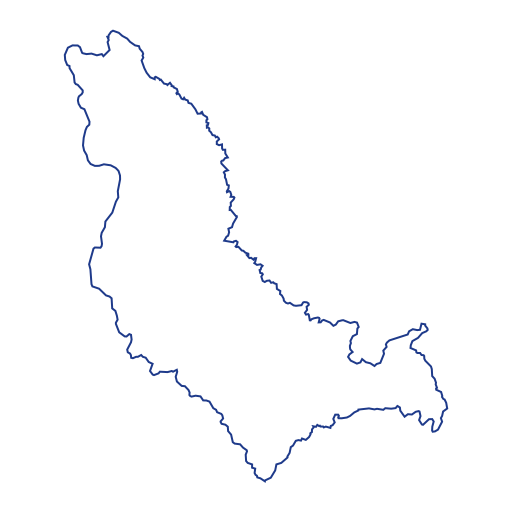 Pedra Branca do Amapari, Amapá, Brazil (Albers equal-area conic projection)
{"feature_id": "56859067B11147941217560", "entity_name": "Pedra Branca do Amapari", "entity_type": "district", "adm_level": 2, "iso_a3": "BRA", "parent_name": "Brazil", "parent_adm1": "Amapá", "projection": "albers", "projection_center": [-52.393, 1.236], "detail": "fine", "context": "isolated", "style": "outline", "palette": "blue", "viewbox_px": 512, "rotation_deg": 0, "n_neighbors": 0, "source": "geoboundaries", "source_scale": "gbopen_adm2", "svg_char_len": 6009}
<svg xmlns="http://www.w3.org/2000/svg" viewBox="0 0 512 512"><path d="M229.7,210.0L229.8,207.0L230.9,205.9L230.7,202.6L233.7,199.3L234.4,197.6L233.8,196.9L230.6,196.8L231.3,194.9L230.3,191.9L229.2,191.1L227.0,192.2L226.8,191.3L228.5,188.5L228.8,185.4L227.1,184.8L226.0,179.3L224.9,177.4L225.0,174.6L223.8,172.3L225.0,171.2L227.9,170.3L221.4,163.5L221.2,161.5L222.2,160.6L223.3,160.5L225.1,158.1L227.8,157.5L225.3,153.5L225.2,149.7L222.8,149.8L222.1,148.4L222.0,144.4L219.1,145.2L216.8,144.1L216.8,141.5L219.1,139.3L218.7,138.2L217.1,136.7L215.8,137.3L214.8,135.5L212.5,135.1L210.9,132.2L209.2,130.7L209.3,128.5L208.2,127.4L206.9,127.7L206.8,125.3L208.0,124.9L208.4,123.1L206.4,122.4L206.4,120.2L207.4,119.3L207.0,117.2L203.2,114.8L202.0,111.9L201.2,112.4L201.1,113.5L197.6,113.7L195.4,109.3L191.3,103.7L188.5,102.9L187.7,100.4L185.2,99.6L184.1,97.8L183.1,99.3L181.5,98.6L179.4,94.6L178.1,93.4L176.9,94.1L176.4,93.2L177.7,91.6L176.9,89.0L173.7,87.4L173.5,86.4L171.6,86.1L171.7,85.2L170.0,82.8L167.4,85.0L166.9,84.2L164.0,83.6L160.8,79.6L159.9,80.0L159.2,78.8L155.7,76.8L154.8,77.3L154.7,79.2L150.2,77.3L146.6,72.7L144.3,68.1L141.6,60.5L143.3,57.6L142.5,55.6L143.2,53.9L142.5,52.0L139.7,48.7L139.0,46.2L135.1,45.4L130.1,41.9L127.2,38.6L122.3,35.9L118.8,32.8L113.0,30.7L111.0,31.9L108.5,35.5L108.5,37.3L107.5,37.1L108.7,40.0L107.6,42.1L109.6,50.0L103.4,56.2L101.8,54.1L96.9,55.3L91.5,53.6L86.5,54.1L83.0,53.3L82.1,52.8L80.0,47.2L77.8,45.5L72.5,45.4L67.9,47.7L64.8,54.9L65.2,60.0L67.2,65.0L69.5,66.0L69.6,68.2L73.8,75.2L74.6,82.5L75.8,84.1L77.7,84.8L82.7,90.4L82.7,92.4L81.7,94.1L79.0,96.3L78.4,97.6L77.9,100.5L78.6,103.8L80.9,107.7L84.4,109.2L89.5,121.7L89.3,124.7L86.9,126.9L85.5,130.2L83.7,137.8L83.0,145.4L84.1,150.6L86.7,155.1L87.9,160.3L90.6,164.0L94.9,165.9L99.1,165.8L103.9,164.3L110.7,165.3L115.6,167.9L117.5,169.8L118.6,171.1L120.0,175.5L120.1,179.3L117.8,191.2L118.3,197.4L115.9,201.7L112.3,212.6L105.4,221.5L104.9,227.2L101.7,232.8L101.0,236.3L102.0,243.8L101.6,246.1L100.5,247.7L94.9,247.5L93.5,248.6L89.1,264.3L90.4,269.3L91.5,284.2L92.4,286.4L99.1,288.7L106.0,295.4L109.5,296.5L111.6,298.3L112.2,308.4L115.4,310.9L116.9,315.8L117.6,319.7L115.9,322.7L115.9,323.9L119.2,332.3L124.7,336.4L126.5,336.5L129.3,334.1L131.0,334.8L131.6,339.5L131.0,342.3L127.2,349.6L127.8,352.3L130.0,353.5L130.9,355.1L131.2,357.8L132.9,358.2L136.1,356.8L137.9,356.8L141.2,355.0L142.8,356.8L145.7,357.7L148.7,362.0L152.6,363.8L150.0,371.0L152.7,374.6L154.0,375.1L158.5,373.4L159.9,371.7L167.5,372.1L171.8,371.0L173.0,371.7L176.8,369.8L177.2,371.8L175.7,376.8L176.9,381.5L181.7,385.9L184.9,386.2L188.5,390.0L189.6,392.5L189.4,395.0L190.2,396.0L191.5,396.6L195.6,395.7L200.5,396.4L203.2,400.4L206.4,400.5L209.5,401.6L213.3,408.2L216.1,409.8L217.1,412.2L221.3,413.9L222.3,415.3L223.1,418.5L220.6,421.4L220.7,422.2L221.6,423.8L225.4,424.7L227.8,426.7L228.1,431.1L231.1,434.6L232.8,442.2L234.7,443.6L240.1,444.3L243.0,447.6L246.7,450.2L247.0,451.3L245.7,454.7L246.1,461.0L247.7,462.9L252.1,464.4L252.1,467.7L255.2,468.6L254.6,473.0L255.6,474.9L256.9,475.7L257.3,477.4L260.4,478.3L264.9,481.3L265.1,480.4L270.8,477.7L275.2,470.4L276.4,464.4L281.3,462.9L287.5,457.5L287.4,456.5L289.6,452.9L290.8,447.1L293.0,445.6L295.8,440.8L298.5,440.1L301.0,440.6L302.0,438.5L305.8,439.9L309.1,437.0L310.5,434.4L310.3,433.3L311.9,432.1L312.0,429.4L313.8,427.2L313.3,426.3L316.0,426.8L317.3,424.9L319.0,426.0L319.9,425.7L320.4,426.5L323.1,426.5L323.8,427.4L325.8,426.6L330.4,427.9L330.8,425.9L332.6,425.2L334.7,422.4L333.3,418.9L335.2,414.7L338.2,414.7L338.9,415.9L338.2,417.3L338.5,418.2L341.6,418.3L346.9,417.5L350.1,415.9L354.3,412.4L358.3,410.5L358.4,409.6L369.0,408.4L374.5,409.4L377.0,408.8L383.3,409.8L385.3,408.2L391.2,408.7L395.6,408.1L397.4,406.0L399.9,407.5L400.3,410.7L404.6,416.7L407.9,414.2L411.9,414.5L415.7,411.8L418.6,411.1L419.5,411.5L420.5,416.1L419.1,420.1L421.9,424.5L423.0,424.8L429.0,419.2L432.2,419.1L433.7,421.5L432.3,426.6L432.1,430.5L432.7,431.7L435.0,431.4L438.0,429.6L442.1,421.7L440.9,418.1L442.1,416.0L443.1,411.5L447.2,408.5L446.2,402.8L444.6,399.5L443.4,399.0L442.0,396.9L442.3,396.0L441.1,392.0L436.2,389.7L436.1,388.5L437.0,387.8L435.7,384.4L436.0,382.7L434.6,378.7L432.2,376.1L431.8,369.1L431.0,366.5L425.3,360.7L424.3,358.7L424.2,356.0L423.6,355.2L421.5,355.0L420.1,353.0L417.4,353.0L416.4,352.4L416.1,350.4L410.5,348.0L410.8,345.2L412.4,341.1L418.0,337.9L422.2,333.1L426.3,331.3L427.7,329.9L427.4,328.4L425.2,325.6L425.2,324.3L421.5,323.7L420.0,329.8L417.3,330.1L412.8,329.2L409.1,331.3L407.7,334.5L389.4,340.4L386.9,342.6L385.9,344.4L386.6,346.9L383.3,350.6L384.0,353.8L380.3,362.9L376.6,364.0L374.5,366.0L370.4,363.3L365.9,362.2L362.1,359.1L360.4,362.4L356.9,363.6L350.7,360.6L348.1,356.9L349.4,354.4L352.6,352.0L350.3,349.4L350.0,348.0L349.9,345.8L350.9,343.1L350.4,341.0L352.8,336.2L356.9,334.1L357.4,328.5L358.7,327.0L357.0,322.6L354.5,321.9L350.4,323.0L343.3,320.2L342.1,320.3L338.2,321.3L335.8,324.6L333.4,325.8L330.0,322.5L323.7,319.9L322.1,320.5L320.7,322.3L318.7,322.4L319.6,318.8L319.1,317.9L317.9,317.5L313.9,318.3L311.4,319.3L310.6,320.4L309.8,320.3L308.8,314.8L308.2,314.1L306.0,314.6L304.9,312.8L307.1,309.9L306.6,306.8L308.8,304.8L308.5,303.4L306.8,302.3L304.1,302.1L303.1,302.5L301.5,305.2L296.0,305.8L293.6,305.4L289.9,302.8L288.0,303.5L286.0,302.8L283.9,300.7L283.6,298.6L281.9,295.5L280.0,294.0L280.3,291.0L276.9,288.9L276.6,284.1L274.2,283.3L273.3,282.3L271.1,282.8L269.5,280.5L266.8,280.8L264.8,282.0L262.7,280.9L261.3,276.6L262.8,274.3L262.2,273.3L260.3,273.0L259.6,270.0L260.7,269.5L261.2,267.5L262.6,265.8L260.5,264.3L257.0,264.9L254.3,263.1L255.2,261.8L256.1,258.2L254.5,258.2L253.5,259.7L251.1,257.8L249.4,258.1L247.0,255.2L248.4,254.9L248.3,253.7L245.4,252.7L243.4,250.8L241.8,250.5L238.4,246.8L236.3,247.1L235.6,246.5L236.9,244.8L237.6,242.1L236.0,240.8L233.9,241.4L233.4,242.3L224.2,240.7L226.5,236.7L228.1,235.7L229.1,232.3L228.4,228.7L232.0,227.2L233.1,223.5L236.9,217.0L236.7,216.1L235.8,216.0L230.8,209.9L229.7,210.0Z" fill="none" stroke="#1e3a8a" stroke-width="2"/></svg>